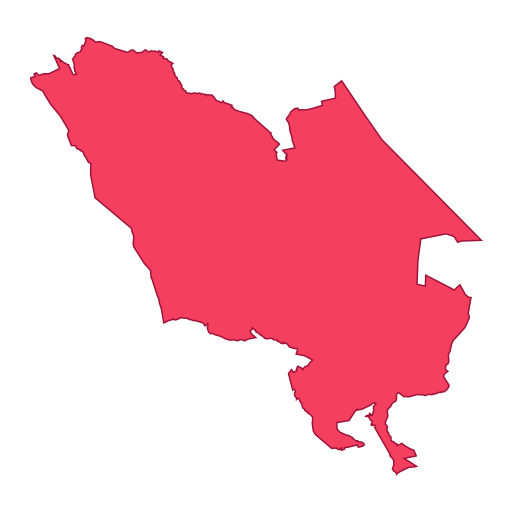 outline of Tula de Allende, Hidalgo, Mexico
{"feature_id": "50627088B26454050476732", "entity_name": "Tula de Allende", "entity_type": "district", "adm_level": 2, "iso_a3": "MEX", "parent_name": "Mexico", "parent_adm1": "Hidalgo", "projection": "orthographic", "projection_center": [-99.373, 20.05], "detail": "fine", "context": "isolated", "style": "filled", "palette": "rose", "viewbox_px": 512, "rotation_deg": 0, "n_neighbors": 0, "source": "geoboundaries", "source_scale": "gbopen_adm2", "svg_char_len": 5921}
<svg xmlns="http://www.w3.org/2000/svg" viewBox="0 0 512 512"><path d="M84.6,156.0L85.0,156.0L88.4,162.3L90.9,163.6L90.6,174.7L95.1,197.8L131.3,228.2L132.6,233.7L133.8,235.5L133.2,244.1L134.0,247.2L144.3,263.5L150.6,270.5L151.1,277.5L152.1,279.4L157.7,296.8L158.8,298.8L159.5,303.1L161.4,309.0L163.8,322.9L168.9,320.5L172.3,319.6L173.4,318.6L174.0,319.6L175.7,319.9L179.9,318.3L180.7,317.5L184.5,318.2L187.3,318.1L187.5,318.6L189.5,319.6L191.0,319.6L193.7,320.7L195.3,320.6L203.0,322.9L204.4,324.7L204.7,325.8L205.8,325.6L207.6,323.6L208.0,325.9L207.3,327.5L207.5,328.8L208.6,331.8L210.6,333.8L211.9,333.2L215.4,334.8L221.2,336.5L225.1,338.7L229.6,340.1L234.0,339.9L237.6,340.8L240.2,339.7L242.2,339.7L244.5,340.9L248.3,339.0L255.7,337.6L251.4,333.7L250.1,331.0L252.0,329.4L252.5,327.8L255.8,331.0L256.1,332.1L257.8,332.5L259.9,334.7L260.8,334.6L260.9,335.2L263.8,337.1L264.5,338.2L267.1,338.9L268.4,338.5L271.8,338.4L273.8,339.8L276.8,339.9L277.5,341.5L279.1,341.4L280.7,343.1L282.8,343.7L283.7,342.4L284.7,343.5L285.8,343.2L287.7,344.4L289.5,347.1L291.6,347.3L292.4,348.1L294.4,348.2L295.2,348.7L297.0,348.5L297.6,349.3L296.2,354.1L304.2,355.6L312.6,360.0L309.2,363.4L308.1,365.5L304.9,366.8L303.5,368.3L303.0,369.5L301.8,368.2L297.9,366.2L296.7,368.3L296.4,369.9L296.8,370.7L293.4,372.3L291.5,369.6L288.5,373.5L292.7,390.0L294.3,389.4L295.7,390.5L294.7,392.4L294.6,394.6L294.7,395.9L296.5,398.0L296.5,399.5L298.2,398.1L298.8,398.5L300.1,401.6L300.6,401.6L301.1,403.1L301.6,403.4L302.4,407.1L303.3,408.5L304.5,409.0L305.0,410.7L307.4,411.8L308.1,412.4L307.6,412.9L309.8,414.0L312.7,417.3L312.3,423.6L313.3,431.0L315.6,434.7L331.7,448.4L336.6,448.0L336.7,448.6L339.7,449.8L340.1,448.6L341.3,448.1L341.6,450.2L344.6,449.2L344.3,447.7L347.8,447.3L355.9,445.2L357.4,444.9L357.8,446.6L359.0,447.2L363.0,446.0L364.3,444.8L363.6,443.2L361.0,441.9L358.9,442.0L357.7,440.8L357.0,440.7L356.6,441.3L352.4,438.2L352.5,437.5L350.6,436.8L349.3,435.7L346.5,435.1L339.7,432.1L337.0,428.9L336.8,422.6L349.0,420.5L355.6,410.5L357.1,409.4L357.0,410.2L362.2,409.1L370.9,404.9L373.0,403.0L375.3,402.9L376.0,403.4L373.5,406.6L373.4,408.0L373.9,410.4L373.2,411.4L372.5,415.0L371.1,415.3L371.2,414.6L370.5,414.4L369.8,413.3L369.2,414.2L369.8,415.4L369.5,415.7L366.8,415.4L365.9,416.4L368.6,416.6L370.4,420.0L372.3,421.7L371.6,424.0L371.1,424.2L371.5,425.4L373.4,425.3L373.9,424.8L374.8,425.3L375.5,426.5L374.7,427.5L390.0,454.2L389.9,455.2L390.5,455.2L390.4,456.6L392.2,458.0L393.7,460.5L393.8,465.0L392.4,468.9L393.7,471.0L396.0,472.5L396.6,474.3L397.4,473.3L400.1,471.6L408.8,467.3L415.0,466.8L416.6,466.3L404.1,458.4L416.2,455.9L414.0,450.4L408.2,447.8L403.2,444.6L401.8,443.3L400.1,444.4L397.1,445.5L396.7,445.2L397.1,444.2L394.4,442.6L393.8,441.8L391.4,441.0L390.8,439.5L391.1,438.0L390.6,436.5L389.0,435.2L388.6,433.0L387.1,430.9L386.9,429.6L387.4,426.5L385.3,423.9L385.6,421.5L387.9,416.1L387.2,411.4L388.2,408.6L389.7,407.6L391.3,405.4L392.2,403.2L395.8,401.0L396.5,399.1L396.5,394.3L398.6,392.5L403.9,396.7L406.4,396.5L408.0,397.0L417.0,394.6L423.0,394.8L425.3,395.6L428.7,394.2L430.9,394.8L435.7,393.7L440.0,392.1L441.0,392.0L441.0,392.4L442.7,391.8L444.6,391.7L447.2,389.2L448.9,386.6L449.1,385.4L443.5,376.4L444.7,373.7L447.8,371.4L446.1,370.0L445.4,368.2L446.1,365.1L448.0,363.7L448.8,361.5L448.4,354.7L450.0,351.3L451.6,343.9L453.7,339.5L454.6,339.0L465.1,327.4L469.2,318.2L469.2,316.3L468.2,313.4L471.0,297.5L468.8,297.4L465.4,294.6L459.9,284.8L454.3,290.0L425.8,275.2L425.3,286.1L417.0,284.3L417.9,260.7L420.7,239.8L420.4,240.0L420.4,239.0L446.2,233.8L453.3,236.2L454.5,237.1L457.6,242.2L461.7,241.0L481.3,240.3L381.8,139.6L364.2,114.3L341.7,80.8L334.3,86.5L335.2,90.9L335.5,98.1L321.6,101.3L322.4,105.4L314.1,108.0L306.7,109.9L298.3,109.8L298.1,108.6L297.5,108.1L294.5,108.8L290.8,111.8L289.9,114.0L286.5,118.5L286.4,119.5L288.2,122.0L289.3,124.9L290.0,130.9L292.0,137.5L292.2,140.3L294.9,147.9L282.7,150.3L285.8,153.7L286.3,153.4L286.8,154.2L286.3,154.5L287.1,156.0L285.9,156.6L286.7,157.9L286.0,158.3L286.6,158.9L286.0,159.1L286.7,159.8L286.3,160.6L285.3,161.2L278.4,160.3L277.1,159.9L276.1,153.0L276.9,152.4L274.2,149.8L279.5,144.1L272.6,138.2L272.6,137.2L270.8,134.5L271.1,133.1L270.4,133.2L269.8,132.2L255.3,119.4L251.9,115.6L247.1,113.4L239.4,111.5L234.2,109.4L232.9,107.4L231.6,107.2L232.0,105.3L223.4,102.2L223.5,101.2L222.8,101.0L222.5,101.8L221.6,102.6L220.4,102.3L219.3,101.4L217.7,101.2L215.9,100.0L214.1,97.2L211.9,95.1L211.0,94.9L209.4,95.4L207.9,94.5L206.1,95.5L205.3,94.3L201.1,93.9L200.7,93.4L198.5,93.1L197.6,93.7L194.1,92.9L191.4,93.7L188.9,93.1L186.6,93.1L186.0,92.5L185.8,91.0L184.2,90.4L183.5,89.0L183.0,89.1L182.1,88.2L181.9,85.7L181.2,84.3L180.5,84.0L180.3,82.7L179.4,81.2L177.8,80.4L177.1,77.6L175.7,76.6L174.6,74.9L174.8,73.6L173.6,71.9L172.9,68.6L171.9,67.3L171.1,65.0L172.9,63.4L168.4,60.9L167.5,60.1L167.0,59.0L163.1,58.3L163.6,56.8L160.2,55.2L162.5,52.5L158.9,50.8L158.4,52.4L155.3,51.1L152.5,51.2L151.5,50.8L148.3,51.8L147.4,51.5L146.1,50.1L145.0,49.9L142.3,52.3L136.6,52.9L133.3,50.1L131.4,50.0L127.8,52.4L114.9,48.6L113.5,47.6L112.9,46.5L100.7,41.8L98.4,41.6L96.5,42.1L95.1,41.9L93.8,40.5L90.4,38.4L87.0,37.7L85.3,38.4L85.8,40.5L84.2,45.5L83.6,45.9L82.5,45.3L81.8,46.3L81.3,47.7L81.9,49.7L80.9,50.2L80.3,51.8L79.2,52.4L77.8,52.5L75.6,54.0L74.7,57.0L73.8,57.3L73.6,58.2L72.6,59.1L74.3,64.4L74.1,67.9L74.9,69.9L74.7,70.9L76.4,74.1L74.0,74.8L73.3,74.5L72.0,72.5L69.5,66.9L68.4,65.5L68.6,64.7L66.3,64.1L65.1,63.0L64.6,63.2L61.7,61.0L60.3,61.4L59.9,61.1L61.1,60.5L59.2,58.7L58.4,58.2L56.6,58.4L55.1,56.0L53.8,55.5L59.6,68.5L50.4,73.1L48.1,73.8L43.9,73.7L39.1,75.3L37.4,74.3L36.4,72.9L34.2,73.9L34.9,76.7L30.9,77.6L30.7,78.6L31.8,82.4L33.3,84.8L35.0,86.5L36.7,87.9L42.8,91.0L45.2,95.5L50.9,104.6L60.5,116.3L68.6,130.1L68.6,131.4L67.6,134.1L67.7,136.0L71.4,145.6L75.3,145.6L77.1,148.9L78.3,148.9L80.5,150.1L80.2,150.4L83.2,152.1L84.6,156.0Z" fill="#f43f5e" stroke="#9f1239" stroke-width="1.5"/></svg>